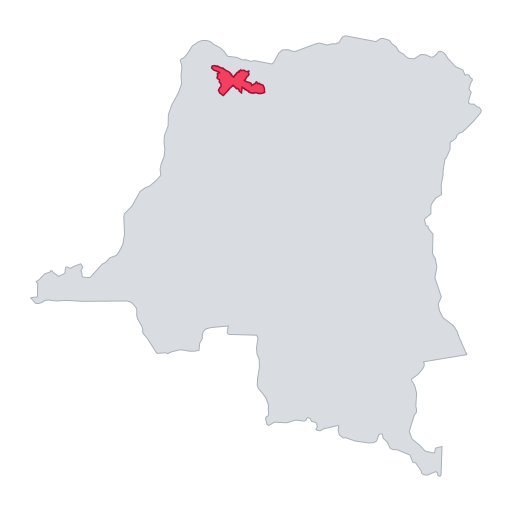 Businga, Équateur, Democratic Republic of the Congo (highlighted)
{"feature_id": "63176286B10859728267394", "entity_name": "Businga", "entity_type": "district", "adm_level": 2, "iso_a3": "COD", "parent_name": "Democratic Republic of the Congo", "parent_adm1": "Équateur", "projection": "orthographic", "projection_center": [21.02, 3.443], "detail": "fine", "context": "in_parent", "style": "filled", "palette": "rose", "viewbox_px": 512, "rotation_deg": 0, "n_neighbors": 0, "source": "geoboundaries", "source_scale": "gbopen_adm2", "svg_char_len": 8272}
<svg xmlns="http://www.w3.org/2000/svg" viewBox="0 0 512 512"><path d="M466.8,354.6L423.5,361.8L424.3,364.2L423.9,366.8L422.7,368.8L418.2,374.2L411.6,379.1L411.5,380.3L414.7,385.7L416.6,393.1L415.8,406.2L416.6,409.8L416.3,412.5L414.1,415.6L409.3,431.3L412.0,438.9L420.3,445.9L425.1,451.1L433.4,452.9L434.7,452.6L435.4,448.2L442.0,446.5L441.1,474.3L440.6,475.8L439.3,476.2L437.8,475.3L437.4,472.7L435.7,471.6L427.5,475.1L425.4,475.0L423.2,474.4L421.6,473.0L421.2,470.9L415.7,462.9L412.9,462.3L410.0,455.1L397.3,449.8L392.4,449.5L389.8,447.8L387.4,442.1L383.2,438.4L382.4,434.3L381.5,433.7L378.9,434.6L376.5,441.1L373.5,442.7L368.3,442.9L355.1,441.0L345.7,437.7L343.2,438.0L339.5,435.0L338.0,430.0L338.9,426.1L338.2,425.5L323.7,428.8L320.2,430.8L316.9,430.3L315.9,429.3L317.4,426.6L316.7,423.7L315.6,422.4L311.4,421.3L310.0,418.2L307.4,417.8L306.6,418.3L305.9,420.4L304.3,421.1L295.7,420.1L286.6,422.8L274.6,422.1L268.8,425.4L268.0,425.3L266.7,423.7L265.6,418.4L266.2,416.9L268.0,415.9L268.7,413.7L268.1,408.2L268.6,406.9L268.0,403.7L266.2,398.7L263.6,394.6L258.2,388.3L257.2,385.4L257.6,378.5L259.4,367.4L259.2,359.2L257.0,353.9L256.5,348.1L258.0,337.7L256.5,335.2L228.8,334.4L227.7,333.6L227.1,332.1L228.4,326.0L211.5,327.5L206.4,328.7L203.3,331.2L202.3,334.4L202.2,338.9L199.7,343.2L199.0,350.4L194.3,351.2L189.6,351.2L180.6,349.7L171.9,351.7L167.6,353.6L165.3,352.7L157.5,353.4L156.5,352.9L147.4,338.5L143.3,333.7L142.5,331.3L142.8,329.1L141.7,326.1L137.5,318.7L136.7,315.3L136.8,309.8L136.3,308.0L132.5,303.4L130.0,301.8L127.2,301.0L82.1,301.3L67.1,300.4L56.3,300.9L50.8,300.5L49.3,299.8L44.3,300.7L41.7,302.6L37.9,303.6L35.4,303.2L30.7,297.8L37.1,296.9L37.5,296.4L37.7,283.5L36.1,281.7L39.4,279.5L44.8,273.8L50.2,271.9L50.9,270.7L52.0,270.8L54.0,273.2L58.6,276.3L64.3,273.6L64.9,272.9L65.6,267.4L67.1,266.9L69.5,268.1L70.9,268.1L73.4,266.5L80.7,263.8L82.9,267.4L80.9,270.6L81.9,272.8L82.1,276.4L83.3,277.2L89.1,277.6L90.8,276.8L102.2,264.1L105.2,262.7L110.0,257.7L116.4,255.4L119.2,251.5L122.9,244.3L124.5,234.1L123.8,216.3L124.4,213.9L132.1,205.9L140.1,191.4L145.5,187.6L149.5,186.1L155.8,180.8L160.8,175.4L160.1,169.0L161.3,163.6L164.0,156.8L164.9,149.6L164.0,142.0L164.4,135.8L168.1,125.9L168.4,114.5L171.8,104.9L178.4,92.8L181.6,83.8L181.0,74.9L181.9,68.3L181.6,64.4L180.3,61.1L181.0,59.0L183.5,58.1L186.6,54.8L192.3,46.0L198.3,41.8L202.5,40.4L206.9,40.6L209.8,41.3L214.4,44.8L219.7,47.5L223.7,50.9L227.6,56.3L237.0,57.4L241.1,59.4L243.5,60.1L244.5,59.6L246.4,59.9L250.9,61.4L254.4,60.6L271.9,64.0L273.8,62.3L278.7,53.2L282.3,50.0L288.3,49.7L293.0,51.4L295.4,51.4L316.8,43.5L319.6,43.1L327.4,45.0L332.4,43.7L334.5,44.0L338.8,42.7L342.3,37.1L345.3,35.8L376.0,41.6L380.6,38.6L382.8,38.3L389.7,40.4L391.8,43.7L395.9,46.6L398.8,51.4L403.4,54.0L405.7,56.5L408.4,58.3L414.0,58.9L421.0,54.5L426.0,54.9L431.0,57.2L432.7,57.1L436.4,54.5L438.4,51.8L440.3,51.2L443.3,52.4L445.7,54.9L447.9,58.5L455.6,66.7L463.0,70.1L464.9,75.1L467.5,74.6L468.9,75.1L470.8,78.2L472.1,78.8L472.4,80.1L470.6,83.2L468.9,88.9L471.2,92.4L469.4,97.6L468.4,102.9L470.8,104.2L473.9,104.1L476.8,106.8L479.0,107.2L481.3,110.1L480.8,112.5L473.6,121.2L462.7,131.9L459.0,133.2L457.1,135.2L455.8,138.3L452.6,140.9L450.2,142.0L450.0,149.6L446.3,157.6L444.9,159.2L442.9,172.1L443.2,174.3L441.2,184.8L441.5,194.5L436.2,197.7L432.5,202.5L430.9,205.8L430.9,213.8L424.9,218.7L424.5,219.8L425.9,225.4L428.1,226.2L428.1,228.1L433.0,234.1L432.5,252.5L432.8,254.4L435.3,258.7L436.9,267.0L434.9,277.6L441.3,297.0L438.2,304.1L439.5,310.9L443.3,318.0L452.5,324.9L454.9,327.7L457.2,331.6L459.2,337.6L466.8,354.6Z" fill="#d9dde1" stroke="#a8b0b8" stroke-width="1"/><path d="M212.4,65.9L212.3,66.1L212.1,66.2L212.0,66.4L212.0,66.9L211.7,67.3L211.7,67.8L211.7,68.0L211.8,68.1L212.8,69.2L213.9,70.1L214.2,70.3L214.8,70.4L215.7,70.8L216.7,71.1L216.8,71.1L217.0,71.4L217.1,71.5L217.3,71.5L217.6,71.7L217.8,71.8L218.3,71.8L219.0,72.0L219.4,72.4L219.5,72.7L218.9,73.0L217.7,73.6L217.4,73.7L217.6,74.2L217.5,74.5L217.5,75.0L217.5,75.5L217.9,75.9L217.3,76.9L217.0,77.2L217.0,77.6L217.1,78.0L217.3,78.4L217.6,78.6L218.6,79.3L219.3,79.7L219.5,80.1L219.6,80.6L219.3,81.3L219.3,81.5L219.3,82.0L219.5,82.2L219.7,82.7L220.2,83.0L220.8,83.5L221.0,83.9L221.0,84.1L220.9,84.9L221.1,85.5L221.1,86.4L221.1,86.6L220.9,86.8L220.2,87.3L219.7,87.8L219.6,88.3L219.0,89.1L218.5,90.0L218.5,90.3L218.6,90.6L218.6,90.8L218.9,91.3L219.2,91.7L219.3,92.1L219.6,92.8L219.8,93.0L220.5,93.5L220.9,93.8L222.0,94.7L222.3,94.9L223.1,95.3L223.4,95.5L223.7,95.2L224.1,94.7L225.9,92.7L227.4,91.1L228.4,90.0L229.3,88.9L229.7,88.4L231.0,87.2L231.7,86.6L232.0,86.4L232.1,86.2L232.5,86.1L232.5,85.7L232.8,85.7L233.0,85.4L233.2,85.2L233.3,85.2L233.5,85.3L233.6,85.5L233.8,85.8L234.0,86.2L234.3,86.5L234.5,86.8L235.3,87.1L235.5,87.4L235.6,87.6L235.9,88.1L236.3,88.4L236.4,88.7L236.7,88.8L236.8,88.8L237.3,88.5L237.6,88.4L238.9,89.6L239.0,89.7L239.1,90.0L239.1,90.8L241.2,92.7L241.5,92.9L241.8,90.2L241.8,89.4L242.0,88.8L242.0,87.7L242.1,87.2L242.4,87.2L242.5,87.5L242.8,87.6L243.0,87.7L243.1,87.8L243.1,88.0L243.4,88.2L243.8,88.3L244.0,88.3L244.1,88.5L244.4,88.6L244.6,88.8L244.6,89.0L245.0,89.2L245.1,89.5L245.3,89.4L245.4,89.6L245.6,89.6L245.9,89.8L245.9,89.7L246.0,89.7L246.1,90.0L246.4,90.1L246.5,90.0L246.9,90.5L247.4,90.6L247.6,90.6L247.8,90.6L247.8,90.8L248.0,90.8L248.4,91.1L248.4,91.3L248.5,91.6L248.8,91.7L248.8,91.8L249.0,91.8L249.3,92.3L249.5,92.3L249.6,92.2L249.7,92.3L249.8,92.4L250.0,92.6L250.3,92.6L250.6,92.8L250.8,92.9L251.0,92.8L251.3,92.9L251.5,92.8L251.9,93.0L252.1,93.1L252.5,93.0L252.9,93.1L253.0,93.2L253.2,92.9L253.3,92.9L253.5,93.0L253.6,92.9L253.9,93.0L254.1,93.0L254.3,93.0L254.5,92.9L254.9,92.8L255.3,92.9L255.8,92.7L256.7,92.9L257.4,93.1L257.6,93.1L257.8,93.3L258.1,93.3L258.5,93.4L258.8,93.6L259.2,93.4L259.5,93.5L259.9,93.4L260.4,93.5L260.6,93.6L260.8,93.5L261.0,93.3L261.4,93.4L261.6,93.3L261.8,93.4L262.6,93.1L262.8,93.1L263.1,92.9L263.3,92.9L263.5,92.7L263.9,92.7L264.4,92.4L264.6,92.4L264.6,91.6L264.6,91.4L264.5,91.1L264.4,90.8L264.5,90.3L264.4,89.9L264.4,89.1L264.4,88.7L264.3,88.4L264.3,88.0L264.2,87.8L264.0,87.5L263.8,86.8L263.6,86.6L263.4,86.0L263.1,85.7L263.1,85.3L262.8,85.1L262.7,85.0L262.2,85.1L261.8,84.9L261.2,84.7L260.7,84.1L260.2,84.1L259.9,84.0L259.2,83.3L258.8,83.3L258.4,83.4L258.0,83.6L257.8,83.7L257.6,83.7L257.2,83.0L256.8,82.1L256.7,81.9L256.4,81.9L256.1,82.0L255.2,83.5L254.7,83.9L254.1,83.9L253.9,84.0L253.6,84.4L253.5,84.5L253.2,84.7L252.6,84.9L252.0,85.4L251.8,85.6L251.7,85.5L251.5,84.6L251.2,84.3L251.1,83.4L250.9,83.1L249.2,82.5L246.6,81.7L244.9,80.9L244.5,80.6L244.4,80.4L244.2,80.2L244.3,80.0L244.6,80.0L244.8,80.2L245.0,80.1L245.2,79.9L245.4,79.3L245.6,79.1L246.0,78.5L246.1,77.8L246.5,77.4L246.8,76.9L247.1,76.7L248.1,75.8L248.3,75.5L248.5,75.3L248.6,74.7L249.0,74.3L248.7,74.0L248.6,73.5L248.7,73.1L248.6,72.6L248.3,72.3L248.3,72.0L248.5,71.6L249.0,71.2L249.4,70.8L247.7,71.4L246.7,71.6L246.0,71.6L245.4,71.1L245.0,71.0L244.7,70.7L243.9,70.2L243.3,70.3L243.2,70.3L242.2,70.4L241.9,70.6L241.6,70.5L241.3,70.5L240.8,70.5L240.5,70.3L240.5,70.2L240.3,70.4L240.0,70.5L239.7,70.6L239.3,70.8L239.1,70.9L238.9,71.2L238.8,71.3L239.0,71.5L238.9,71.6L238.7,71.6L238.4,72.1L238.6,72.3L238.3,72.4L238.1,72.3L237.9,72.4L237.6,72.3L237.5,72.5L237.3,72.5L237.2,72.8L236.8,72.9L236.7,72.9L236.5,73.1L236.3,73.5L236.3,73.8L236.1,73.8L235.9,74.0L235.8,74.4L235.6,74.8L235.3,75.0L235.2,75.0L234.9,75.0L234.9,75.3L234.9,75.6L234.5,75.9L234.3,75.9L234.2,76.0L233.8,76.5L234.0,76.7L234.0,76.8L233.8,77.0L233.6,77.2L233.2,77.0L233.0,76.8L232.8,76.6L232.7,76.3L232.6,76.1L232.4,75.9L231.8,75.6L231.4,75.2L231.5,75.0L231.4,74.5L231.5,74.2L230.9,74.1L230.7,74.0L230.5,73.6L230.3,73.5L230.3,73.3L230.1,72.9L229.9,72.8L229.7,72.5L229.2,72.2L228.9,72.0L228.6,71.7L228.0,71.3L227.7,71.2L227.2,71.2L226.7,70.8L226.5,70.7L226.2,70.5L225.6,70.3L224.9,69.7L224.5,69.4L224.3,69.3L223.6,68.7L223.4,68.4L223.2,68.4L222.9,68.1L222.5,68.3L222.0,68.0L221.5,68.1L221.1,67.9L220.8,67.6L220.5,67.5L220.1,67.4L219.8,67.3L219.3,67.1L219.1,67.0L219.0,66.8L218.2,66.5L217.5,65.9L217.2,66.0L216.9,66.1L216.8,66.5L216.7,66.5L216.6,66.4L216.1,66.1L215.7,66.1L215.2,65.7L214.9,65.7L214.5,65.6L214.3,65.7L214.1,65.7L213.9,65.8L213.7,65.8L213.4,65.8L213.0,65.8L212.8,65.9L212.6,65.9L212.4,65.9Z" fill="#f43f5e" stroke="#9f1239" stroke-width="1.5"/></svg>